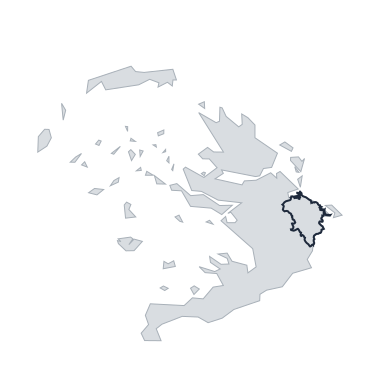 location of Ipeiros within Greece, rotated 166°
{"feature_id": "GRC-2949", "entity_name": "Ipeiros", "entity_type": "Region", "adm_level": 1, "iso_a3": "GRC", "parent_name": "Greece", "parent_adm1": "", "projection": "natural_earth1", "projection_center": [20.643, 39.638], "detail": "fine", "context": "in_parent", "style": "outline", "palette": "slate", "viewbox_px": 384, "rotation_deg": 166, "n_neighbors": 0, "source": "natural_earth", "source_scale": "10m", "svg_char_len": 7343}
<svg xmlns="http://www.w3.org/2000/svg" viewBox="0 0 384 384"><g transform="rotate(166 192 192)"><path d="M258.0,55.2L273.9,59.3L275.5,67.3L266.2,73.9L267.1,83.6L259.5,93.6L227.1,83.7L217.2,89.2L207.0,85.6L194.5,94.6L184.2,93.7L187.7,106.9L198.8,110.6L203.1,117.8L189.2,109.3L183.3,110.5L191.1,119.2L190.5,125.2L181.3,114.8L173.6,113.2L173.9,119.1L181.7,125.5L172.7,124.2L169.9,115.1L156.5,107.7L157.3,100.0L147.9,103.8L146.8,122.3L170.8,157.1L165.3,160.1L165.4,153.7L157.7,151.8L155.0,153.7L156.6,157.3L159.2,162.9L162.4,162.6L146.4,169.5L168.6,177.8L182.7,190.3L191.9,193.5L195.0,216.3L192.3,217.7L176.9,203.2L161.8,209.5L167.2,219.9L173.6,221.6L176.7,227.2L166.1,231.5L161.3,225.6L151.8,223.1L166.3,267.4L151.8,253.4L148.2,254.0L144.4,267.5L142.4,266.3L140.6,257.1L130.9,243.9L126.9,245.5L124.9,255.7L119.8,250.6L114.7,241.8L117.8,229.4L99.7,209.0L108.8,196.6L117.0,197.5L122.4,191.3L126.6,191.6L158.0,206.3L157.1,202.5L166.5,199.2L141.7,186.8L138.5,190.1L126.9,187.9L111.0,191.6L106.4,184.9L105.5,189.5L101.6,190.6L88.2,169.2L99.2,168.3L99.5,162.9L88.5,163.8L73.0,150.9L63.4,135.5L71.4,136.8L75.7,131.8L73.4,124.6L84.6,119.1L89.3,105.8L96.5,98.7L94.4,89.6L114.0,88.8L127.3,78.2L143.4,78.7L150.8,76.3L152.6,70.2L179.8,67.9L193.2,62.3L208.0,61.3L216.3,69.2L231.6,73.7L253.1,71.0L259.8,68.0L258.0,55.2ZM189.3,304.4L199.6,302.0L197.7,306.0L205.8,311.6L217.8,308.9L251.0,312.0L253.1,321.2L270.4,313.4L265.5,325.4L220.7,328.8L217.6,322.5L209.5,319.6L180.9,315.7L180.0,304.5L183.4,305.3L185.5,299.6L189.3,304.4ZM168.6,162.9L177.3,171.7L196.9,178.4L201.9,195.7L211.3,198.6L211.9,203.8L204.7,203.8L194.2,188.8L181.6,186.7L168.5,172.2L156.1,169.4L168.6,162.9ZM270.3,150.9L275.9,159.7L276.1,162.9L273.0,161.1L275.0,164.4L262.5,163.1L260.7,160.9L266.0,156.2L259.6,160.3L252.1,156.1L262.4,149.1L270.3,150.9ZM319.8,288.5L315.6,287.3L315.4,278.6L321.7,271.6L332.0,268.0L327.7,282.9L319.8,288.5ZM260.9,195.8L257.9,198.0L254.3,194.7L257.5,190.3L252.6,181.4L262.8,182.7L260.9,195.8ZM81.5,185.4L88.8,198.8L87.9,201.7L80.2,200.3L77.9,195.1L74.7,197.3L81.5,185.4ZM65.9,146.7L59.6,145.5L52.0,133.2L61.0,132.9L58.4,137.2L65.9,146.7ZM238.5,124.5L236.0,131.5L232.5,128.1L226.4,129.7L226.2,123.8L238.5,124.5ZM284.9,212.2L292.5,216.3L285.7,219.0L277.1,215.8L284.9,212.2ZM216.7,99.0L212.6,100.4L208.4,96.1L214.9,92.1L216.7,99.0ZM85.7,207.4L95.5,216.4L89.8,218.1L83.3,210.4L85.7,207.4ZM243.9,246.4L241.1,247.9L237.9,242.2L243.1,237.1L243.9,246.4ZM224.2,208.4L224.5,217.0L215.8,206.1L224.2,208.4ZM299.6,292.9L297.1,309.6L294.8,301.9L299.6,292.9ZM86.4,178.8L81.2,181.0L85.7,170.4L86.4,178.8ZM164.3,275.6L158.2,276.6L159.5,270.0L164.3,275.6ZM289.9,256.1L298.4,249.2L302.9,250.4L296.4,254.1L289.9,256.1ZM259.3,223.6L261.1,219.4L269.7,217.8L265.0,222.0L259.3,223.6ZM233.7,239.0L232.6,245.4L229.5,243.6L233.7,239.0ZM233.1,219.5L230.9,223.0L225.6,217.7L233.1,219.5ZM214.5,171.9L210.2,172.7L208.3,165.0L210.9,166.5L214.5,171.9ZM246.1,106.6L242.5,107.7L238.4,104.3L242.3,103.0L246.1,106.6ZM211.1,254.6L211.0,257.9L204.3,259.0L205.3,255.4L211.1,254.6ZM260.9,249.0L250.5,253.6L258.8,247.6L260.9,249.0ZM206.3,218.8L202.7,223.7L205.5,217.4L206.3,218.8ZM240.9,226.0L235.9,228.3L236.0,225.2L240.9,226.0ZM274.0,261.9L269.9,264.9L267.8,263.4L271.0,259.7L274.0,261.9ZM292.6,245.0L288.8,247.3L287.6,241.5L292.6,245.0ZM209.0,228.5L205.7,232.3L207.3,225.8L209.0,228.5ZM86.0,186.3L86.2,191.7L83.5,185.2L86.0,186.3ZM239.6,256.5L238.2,258.9L234.7,254.8L239.6,256.5ZM185.5,159.5L181.8,160.3L179.4,155.7L185.5,159.5ZM178.5,207.6L175.8,208.5L174.3,207.4L176.3,204.9L178.5,207.6ZM210.7,237.3L207.3,239.7L207.8,237.5L210.7,237.3ZM239.8,266.4L240.7,271.8L238.6,271.0L239.8,266.4ZM218.4,247.1L215.6,246.7L215.7,244.2L218.4,247.1Z" fill="#d9dde1" stroke="#a8b0b8" stroke-width="1"/><path d="M81.2,121.2L82.0,121.1L83.2,120.5L84.0,120.2L84.4,119.7L84.9,118.4L84.9,118.2L84.7,117.5L84.7,117.3L84.6,116.8L84.6,116.6L84.8,116.4L85.3,116.2L85.5,116.1L85.8,115.1L85.8,114.3L85.7,113.5L85.9,112.6L86.1,112.2L86.5,111.9L86.8,111.8L87.1,111.6L87.2,111.3L87.3,111.5L87.7,111.8L88.3,111.7L88.9,111.4L89.3,110.9L90.6,110.6L91.0,111.2L91.7,113.1L93.0,114.7L93.9,116.5L94.3,118.2L94.2,118.9L93.4,120.3L93.9,120.7L94.3,122.4L95.2,123.5L96.5,122.9L97.0,123.3L96.9,124.5L96.0,126.2L97.0,127.1L97.5,129.4L98.1,130.6L98.6,130.7L99.9,130.3L101.7,129.9L102.8,129.9L105.0,131.1L105.0,131.7L104.1,131.4L103.5,131.7L103.2,132.2L102.5,132.5L102.2,133.1L102.0,133.7L102.5,136.0L102.6,137.2L102.0,137.2L101.5,136.8L100.2,136.7L99.6,137.1L99.2,137.5L99.5,138.8L99.6,139.9L100.1,140.5L100.6,140.7L101.0,141.3L100.8,142.4L101.1,143.6L100.6,144.0L100.5,144.6L101.0,145.2L101.3,145.9L101.1,146.5L101.4,147.2L102.9,148.5L103.4,149.9L104.5,150.7L106.2,150.9L106.8,150.8L107.6,151.7L108.1,152.9L106.4,156.0L106.5,156.7L107.3,157.9L106.6,158.2L104.9,159.6L103.6,160.1L103.0,160.3L99.0,160.4L98.4,160.6L97.9,161.1L97.5,162.1L97.6,162.6L97.4,162.6L96.8,163.3L97.5,163.8L95.7,163.5L95.7,163.3L95.3,163.2L95.0,162.9L94.7,162.7L94.1,162.8L93.8,162.6L93.6,162.2L93.5,161.9L93.7,161.7L94.0,161.6L94.0,161.3L93.7,161.3L93.4,161.5L93.1,161.6L92.7,161.4L92.4,161.0L92.2,161.0L92.0,161.4L91.4,161.8L91.3,162.0L91.5,162.4L91.8,162.5L92.0,162.7L90.6,162.7L91.1,162.4L91.0,162.2L91.0,161.8L90.9,161.5L90.7,161.6L90.6,161.4L90.7,161.2L90.4,161.0L90.2,161.1L90.0,161.3L90.4,160.5L90.3,159.8L89.9,159.5L89.5,159.9L89.3,159.7L89.2,159.9L89.0,160.2L88.8,160.3L88.4,160.5L88.4,160.8L88.9,160.9L88.8,161.2L88.8,161.7L88.6,162.2L88.4,162.5L88.2,162.6L87.9,162.8L87.8,163.3L87.3,163.0L87.4,163.4L87.4,163.6L87.5,163.6L87.8,163.5L89.3,164.8L89.9,165.1L90.1,165.3L90.2,165.6L90.1,165.8L89.8,165.7L89.2,165.3L88.3,165.0L88.1,165.1L87.8,165.2L87.8,165.4L87.5,165.9L87.1,166.2L86.9,165.9L86.8,165.5L86.6,165.2L86.3,165.0L86.2,164.8L86.2,164.5L86.1,164.4L86.0,164.2L86.2,163.8L86.4,163.7L86.1,162.2L85.5,161.2L84.6,160.5L83.6,159.9L82.6,159.2L80.0,156.0L79.1,155.4L78.8,155.1L78.9,154.7L78.7,154.3L78.7,153.9L78.7,153.4L78.9,153.0L78.9,152.7L78.5,152.9L78.2,153.0L77.9,152.8L77.8,152.5L77.3,152.7L76.9,152.7L76.4,152.5L76.0,152.2L75.1,152.5L73.8,151.9L72.8,150.7L72.7,149.4L72.3,149.0L72.0,148.5L71.7,148.1L71.0,148.0L71.0,147.8L71.2,147.5L70.9,147.2L70.6,146.6L70.3,146.4L70.9,146.2L71.5,146.2L72.0,146.1L71.9,145.6L71.5,145.2L70.3,144.4L70.3,144.2L70.9,144.2L71.3,144.3L71.6,144.3L71.9,143.9L71.9,143.6L71.5,143.4L71.0,143.1L70.5,143.1L70.5,143.6L70.2,143.4L69.9,143.1L69.5,143.1L69.9,142.8L69.3,142.6L68.7,142.6L68.2,142.6L67.7,142.8L67.9,142.4L68.0,142.1L68.1,141.6L68.1,141.1L68.3,141.4L68.5,141.4L68.8,141.2L69.0,140.9L69.0,140.7L69.0,140.2L69.4,139.8L69.2,138.9L68.7,138.6L68.1,138.4L67.9,138.2L67.3,137.6L67.1,137.6L66.7,137.5L66.5,137.3L66.2,137.0L64.8,136.7L64.1,136.4L63.7,136.2L63.4,136.2L63.9,135.8L65.0,136.2L66.2,136.6L67.7,137.3L68.6,138.1L69.3,138.4L69.8,138.3L69.9,138.1L69.9,137.8L69.9,137.5L70.2,137.2L70.5,137.1L71.0,137.2L71.3,137.4L71.4,136.5L71.9,136.1L72.5,135.7L72.9,135.2L73.0,134.8L72.9,134.5L72.7,134.4L72.6,134.0L72.6,133.9L72.3,133.6L72.3,133.3L72.5,132.9L72.5,132.7L72.4,132.3L72.2,132.2L72.4,131.7L72.7,131.6L73.0,131.6L74.2,132.1L74.8,132.4L75.3,132.5L75.9,131.9L76.2,131.1L76.0,130.4L74.6,128.1L73.8,127.3L73.6,127.1L73.1,124.6L73.0,124.3L73.4,124.2L75.0,124.2L75.5,124.0L75.6,123.3L75.9,122.6L76.3,122.0L76.7,121.5L77.3,121.2L78.4,121.3L78.9,121.1L79.5,120.9L81.2,121.2Z" fill="none" stroke="#1e293b" stroke-width="2"/></g></svg>